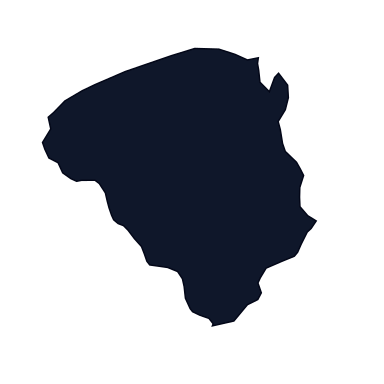 Kellia, Larnaca, Cyprus (Robinson projection), rotated 341°
{"feature_id": "46923920B13037946348348", "entity_name": "Kellia", "entity_type": "district", "adm_level": 2, "iso_a3": "CYP", "parent_name": "Cyprus", "parent_adm1": "Larnaca", "projection": "robinson", "projection_center": [33.623, 34.983], "detail": "fine", "context": "isolated", "style": "filled", "palette": "ink", "viewbox_px": 384, "rotation_deg": 341, "n_neighbors": 0, "source": "geoboundaries", "source_scale": "gbopen_adm2", "svg_char_len": 1161}
<svg xmlns="http://www.w3.org/2000/svg" viewBox="0 0 384 384"><g transform="rotate(341 192 192)"><path d="M80.4,74.5L79.0,86.4L66.8,96.5L66.8,103.6L67.8,113.3L74.9,120.7L76.0,131.8L81.8,139.9L86.4,144.3L91.4,145.0L104.1,149.3L107.1,153.8L109.8,164.6L108.9,173.0L108.4,179.9L108.4,187.9L108.9,192.8L111.9,197.8L116.3,201.5L119.1,207.3L122.4,217.4L126.5,227.1L126.8,235.3L126.8,242.8L128.3,247.2L136.4,251.3L144.4,255.4L152.5,262.5L154.7,270.9L153.8,278.8L151.2,290.3L152.3,301.7L153.6,305.4L159.5,311.2L166.9,317.0L169.1,323.5L167.7,325.2L189.6,327.6L207.7,316.6L219.2,315.1L224.7,309.9L224.7,299.5L228.6,295.4L237.3,288.1L254.1,286.8L267.9,286.0L272.2,283.4L278.4,276.7L287.9,267.4L292.7,265.3L300.0,259.8L299.2,258.8L293.7,252.1L289.3,241.0L292.0,231.9L295.4,222.8L302.9,212.7L301.9,205.6L300.5,197.9L293.4,184.0L293.4,175.6L295.8,161.8L296.4,153.4L307.0,144.6L313.8,134.2L317.2,122.1L312.5,107.9L307.4,110.6L297.8,122.4L292.0,110.3L294.7,98.5L295.8,91.8L298.4,86.7L287.4,85.2L277.5,75.9L263.9,65.7L241.3,57.2L217.0,56.4L190.3,56.4L168.1,56.4L135.2,58.9L121.2,60.5L101.5,64.5L87.1,71.8L80.4,74.5Z" fill="#0f172a" stroke="#020617" stroke-width="1.5"/></g></svg>